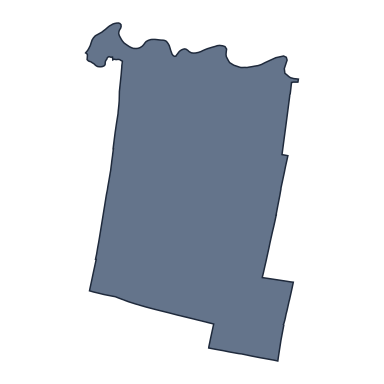 outline of Buesti, Ialomita, Romania
{"feature_id": "2599482B7791464511961", "entity_name": "Buesti", "entity_type": "district", "adm_level": 2, "iso_a3": "ROU", "parent_name": "Romania", "parent_adm1": "Ialomita", "projection": "natural_earth1", "projection_center": [27.179, 44.521], "detail": "fine", "context": "isolated", "style": "filled", "palette": "slate", "viewbox_px": 384, "rotation_deg": 0, "n_neighbors": 0, "source": "geoboundaries", "source_scale": "gbopen_adm2", "svg_char_len": 3905}
<svg xmlns="http://www.w3.org/2000/svg" viewBox="0 0 384 384"><path d="M293.3,282.2L290.7,281.9L284.4,280.9L267.2,278.3L262.3,277.6L262.5,276.4L263.3,273.2L264.6,267.4L266.1,260.9L267.3,255.4L269.0,247.7L269.1,247.1L269.3,246.2L269.9,243.2L271.3,236.9L272.0,233.8L272.4,232.0L273.7,226.6L275.0,220.8L276.0,216.0L276.3,215.1L276.0,215.0L276.1,214.8L277.6,206.8L279.7,196.1L280.6,191.0L281.0,188.8L280.9,188.4L283.2,177.7L284.4,172.1L285.5,166.5L286.8,160.7L287.9,155.7L282.0,154.6L285.9,125.4L289.1,100.8L289.7,96.1L289.7,95.6L289.7,95.1L289.9,94.5L290.2,93.9L290.9,88.1L291.2,85.3L291.4,83.6L291.5,82.4L292.1,82.4L292.5,82.4L292.9,82.1L295.6,82.1L296.7,82.1L297.9,82.1L298.0,81.7L298.2,80.2L298.4,79.1L295.9,78.8L293.8,78.6L291.3,77.9L290.5,77.7L289.0,76.7L287.6,75.5L286.6,74.6L284.9,73.3L284.3,68.6L287.1,60.1L286.3,57.3L283.6,56.0L275.8,57.7L265.3,62.5L261.4,64.5L258.1,65.6L254.4,66.2L251.1,66.8L249.1,67.1L247.1,67.5L244.5,67.4L242.6,67.5L240.9,67.5L239.4,67.1L236.2,66.0L233.8,65.2L230.9,63.4L229.6,62.6L228.2,60.3L226.3,56.6L226.0,54.3L226.3,51.3L226.6,49.1L225.0,46.6L222.7,45.8L219.6,45.4L217.2,45.7L214.9,46.5L212.6,47.1L207.4,48.7L204.9,49.7L202.4,50.8L201.1,51.5L199.9,51.9L198.5,52.4L195.5,53.0L193.5,53.1L191.3,52.8L189.1,51.6L187.6,50.2L185.9,49.1L184.4,48.9L182.9,49.3L181.5,49.9L180.1,50.8L179.2,51.6L178.5,52.5L177.4,54.0L176.5,55.1L175.8,56.2L174.4,56.3L173.1,55.5L172.0,54.0L171.4,52.3L170.7,50.4L170.0,48.0L169.3,45.8L168.6,44.4L167.7,43.0L166.6,41.6L166.4,41.4L165.7,40.9L164.4,40.4L163.4,40.2L161.2,40.1L159.2,39.9L156.9,39.6L154.8,39.4L153.3,39.4L151.1,39.5L149.0,40.1L148.0,40.5L146.2,41.5L145.1,42.7L143.8,44.5L142.4,46.1L140.1,47.6L138.1,48.3L136.3,48.5L133.4,48.4L131.5,47.7L129.3,46.6L127.5,45.4L125.9,44.3L124.1,43.0L122.4,41.0L121.3,39.3L119.4,35.8L118.7,33.6L118.9,31.7L119.6,29.8L120.6,28.3L121.1,26.6L121.0,24.7L119.9,23.5L118.6,23.0L116.6,23.1L114.5,23.5L112.7,24.1L111.6,24.8L109.6,25.9L107.8,27.3L105.4,29.4L103.4,30.9L101.8,32.2L98.9,33.8L96.9,34.9L95.3,35.8L93.5,37.8L92.1,40.0L91.0,43.2L90.3,45.5L88.9,48.3L87.6,50.5L86.5,51.8L85.6,52.9L86.1,53.2L86.6,53.7L87.2,54.1L87.4,54.6L87.4,55.0L87.3,57.1L87.1,59.6L87.8,60.3L88.5,61.0L89.6,61.4L90.1,61.6L90.7,61.7L91.4,62.2L92.8,63.1L93.5,63.5L94.1,63.9L94.5,64.3L95.0,64.8L95.5,65.3L96.1,65.7L96.7,66.1L97.8,66.6L98.9,66.7L99.9,66.8L100.8,66.8L101.5,66.7L102.3,66.6L103.8,66.0L104.6,65.4L105.0,64.7L105.2,64.0L105.2,63.0L105.3,62.0L105.5,61.2L105.8,60.5L106.5,59.6L106.8,59.2L107.0,58.4L107.4,57.7L108.2,57.0L108.7,56.7L108.9,56.7L109.3,56.7L109.9,56.9L110.4,57.1L111.4,57.2L112.5,57.1L112.8,59.9L113.3,59.6L114.0,59.2L114.4,59.3L114.7,59.3L115.5,59.5L116.3,59.6L117.7,59.4L118.8,59.4L120.1,59.8L121.3,60.7L122.0,60.9L122.4,61.3L122.1,63.8L121.9,65.1L121.8,66.1L121.8,67.2L121.5,70.4L121.2,74.2L119.4,91.5L119.3,96.4L119.2,100.8L118.9,104.6L118.5,108.5L118.2,111.2L118.0,113.9L116.5,123.3L115.1,132.8L114.1,140.7L113.1,148.7L113.4,148.7L112.9,152.7L112.7,153.9L112.6,155.1L111.7,161.7L111.6,162.8L111.4,164.5L111.2,165.9L110.7,170.2L110.3,172.4L110.0,174.2L109.5,177.2L108.7,181.9L107.8,186.9L107.4,189.7L106.4,194.7L104.7,205.3L99.4,238.0L98.6,242.7L97.7,247.5L96.6,254.2L95.5,259.3L96.2,259.4L92.8,275.1L92.1,278.5L89.9,288.8L89.5,290.8L93.6,292.0L98.7,293.2L103.9,294.5L113.1,296.3L115.3,296.7L118.6,298.0L128.4,301.7L136.0,304.1L145.6,306.9L154.7,309.3L159.9,310.6L168.8,312.8L177.6,315.1L191.7,318.5L213.7,324.0L212.7,328.6L211.7,333.2L210.7,337.8L209.8,342.2L208.9,346.5L208.7,348.0L216.1,349.4L223.5,350.7L228.7,351.8L238.7,353.6L241.5,353.9L246.8,355.0L248.6,355.4L251.4,356.0L259.1,357.5L267.5,359.0L273.7,360.1L277.8,361.0L278.5,356.2L280.2,345.2L280.9,340.6L281.6,336.8L283.8,325.1L283.4,324.6L283.9,323.4L284.8,320.2L285.4,317.6L286.1,314.0L287.0,310.6L287.6,307.9L288.4,304.3L289.0,301.6L289.5,299.7L290.6,294.8L292.0,288.5L293.1,283.2L293.3,282.2Z" fill="#64748b" stroke="#1e293b" stroke-width="1.5"/></svg>